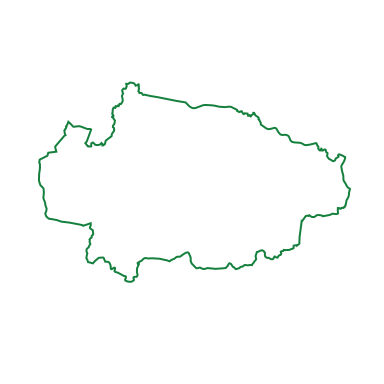 outline of Pho Prathap Chang, Phichit, Thailand, rotated 189°
{"feature_id": "78962969B76859973780400", "entity_name": "Pho Prathap Chang", "entity_type": "district", "adm_level": 2, "iso_a3": "THA", "parent_name": "Thailand", "parent_adm1": "Phichit", "projection": "natural_earth1", "projection_center": [100.175, 16.321], "detail": "fine", "context": "isolated", "style": "outline", "palette": "green", "viewbox_px": 384, "rotation_deg": 189, "n_neighbors": 0, "source": "geoboundaries", "source_scale": "gbopen_adm2", "svg_char_len": 6018}
<svg xmlns="http://www.w3.org/2000/svg" viewBox="0 0 384 384"><g transform="rotate(189 192 192)"><path d="M275.8,283.4L276.7,282.0L276.9,281.3L276.3,280.2L276.0,279.2L275.5,278.6L276.2,275.9L274.8,272.1L274.7,271.1L274.9,270.1L276.0,267.7L277.3,267.7L277.9,265.4L278.8,265.8L279.8,264.6L280.8,264.8L281.1,263.0L282.4,263.2L282.7,263.0L283.2,261.0L282.8,257.8L283.1,257.4L282.8,256.4L282.4,255.9L281.8,255.7L281.5,254.6L281.6,254.4L282.5,254.2L282.7,253.9L282.7,253.5L280.9,252.5L280.7,251.8L279.3,250.6L279.3,247.1L280.2,245.6L280.4,244.8L280.3,243.7L279.1,243.0L278.6,241.4L278.7,241.1L278.6,239.8L279.5,238.5L280.2,236.6L280.2,234.5L284.9,229.7L285.4,228.4L285.4,226.0L285.6,225.6L286.1,225.3L286.7,224.3L287.8,224.0L288.0,225.4L289.1,226.2L290.0,224.8L290.7,224.2L293.1,223.5L295.1,223.5L296.0,224.4L297.6,225.4L299.1,224.2L298.7,221.3L300.9,220.8L301.3,221.1L302.0,220.8L305.0,223.6L304.2,224.7L303.7,226.0L301.4,237.9L301.9,238.2L302.6,238.3L304.0,238.0L305.6,237.9L312.3,239.3L314.1,239.3L319.1,237.9L319.8,238.1L321.8,239.8L325.1,242.0L325.5,239.8L326.6,237.0L326.2,236.8L326.6,234.8L327.4,233.9L327.4,232.6L327.6,232.5L326.9,230.1L325.8,228.4L326.9,227.5L334.1,215.7L334.1,214.7L332.3,210.6L340.1,208.3L340.5,205.2L347.5,200.1L347.5,197.2L346.6,195.9L345.9,192.0L345.8,186.1L345.0,179.6L344.1,177.4L342.7,174.9L339.7,172.7L339.1,172.0L338.2,168.2L337.9,162.8L335.4,158.4L334.7,155.9L333.1,153.0L332.9,152.0L333.0,150.2L333.3,149.0L333.5,147.8L333.2,146.9L332.0,145.0L329.6,143.4L328.2,143.2L326.1,143.3L320.9,143.1L316.4,142.3L308.2,142.6L297.8,142.3L294.1,142.0L294.0,141.7L287.2,145.3L287.0,144.5L286.8,142.9L287.3,141.2L287.1,140.6L286.7,140.0L284.0,138.7L283.0,135.1L283.1,134.4L284.2,133.0L284.0,131.3L285.0,130.5L285.8,129.0L285.4,128.5L285.3,126.3L284.6,125.6L284.3,124.4L285.0,123.3L285.4,121.3L286.9,119.5L287.2,118.4L286.8,116.5L285.8,115.1L286.0,112.5L286.0,110.2L284.5,108.2L283.8,106.6L278.7,106.0L276.9,108.9L273.8,112.4L270.1,113.3L269.2,113.3L268.6,112.6L266.8,109.6L264.0,109.9L263.0,109.5L262.2,108.8L260.9,106.6L260.6,105.4L260.4,104.1L259.8,103.2L259.2,103.2L257.4,104.9L256.9,105.1L256.4,105.1L256.2,104.8L256.0,104.1L256.2,101.9L255.7,101.2L252.2,100.6L246.1,98.4L244.4,98.4L243.9,97.7L243.9,96.9L244.4,95.2L244.0,94.1L241.4,93.5L238.9,93.6L237.5,94.1L235.7,95.6L235.7,96.6L236.4,97.8L236.2,98.8L235.1,99.3L233.4,99.6L232.8,101.1L232.8,101.7L233.9,104.4L234.3,107.5L234.1,109.0L233.2,112.2L233.3,112.9L234.3,112.6L234.6,113.4L232.6,115.2L231.0,116.2L229.9,117.9L228.8,119.0L227.8,119.5L224.6,119.5L221.2,120.3L213.6,121.0L206.1,120.6L203.3,120.0L203.0,120.2L202.0,121.5L198.9,123.4L197.7,124.8L196.9,125.5L196.2,125.8L193.6,126.3L191.2,128.8L188.6,131.0L187.0,131.7L186.5,131.7L185.5,131.0L183.1,127.1L182.4,123.4L181.1,121.3L175.9,117.4L174.7,117.6L172.4,118.6L169.7,117.8L168.7,117.8L167.4,118.0L164.8,119.3L156.6,119.8L148.1,121.8L146.6,122.4L145.1,124.9L144.4,126.9L143.7,127.5L142.0,126.9L140.1,124.6L138.7,124.2L137.5,123.2L136.7,122.7L136.2,122.8L133.4,124.2L132.2,125.7L130.5,126.2L128.5,128.2L125.3,128.3L123.3,129.0L121.3,129.2L120.9,130.5L119.8,132.2L119.5,133.2L118.8,134.2L118.1,135.6L118.8,137.7L119.2,138.6L118.5,142.9L117.6,143.2L114.8,145.0L113.7,145.4L113.2,145.4L111.6,144.6L111.2,144.0L110.7,143.8L110.4,143.0L110.2,141.4L109.8,140.1L108.6,139.0L107.3,138.7L106.2,139.0L103.3,138.0L102.2,138.1L101.2,138.8L100.9,140.2L100.5,140.9L100.1,141.3L98.4,140.5L97.2,140.6L96.5,142.4L95.9,143.1L94.6,143.8L94.2,145.1L95.0,146.9L94.5,147.4L92.7,148.0L92.3,149.2L91.0,149.2L86.8,150.0L85.0,151.2L83.1,152.1L82.9,152.4L83.2,154.9L80.1,156.0L79.9,155.5L77.9,157.7L78.7,164.3L79.1,180.7L78.6,180.6L75.9,186.0L74.2,186.7L73.1,186.6L72.6,187.4L71.3,186.7L69.7,186.1L67.3,186.4L65.0,188.7L62.4,189.2L59.5,189.0L59.0,188.5L52.6,190.8L50.7,191.9L50.1,192.5L46.3,192.7L45.0,193.2L44.5,193.5L44.4,193.7L45.2,196.9L45.4,199.0L44.5,199.1L44.1,198.7L43.5,199.0L42.5,198.7L42.0,199.6L41.6,199.5L40.5,200.1L40.0,200.0L39.9,200.3L39.5,200.4L39.4,201.0L38.7,201.3L38.6,201.6L38.4,203.2L38.2,203.2L38.1,207.6L37.7,209.0L37.0,210.6L36.6,212.7L36.6,214.3L36.8,215.7L36.5,219.8L38.7,220.8L39.7,221.7L41.7,224.4L43.8,226.7L44.3,227.6L45.1,231.8L46.8,235.5L48.5,240.3L48.5,241.5L46.9,245.4L46.3,247.4L46.1,249.4L46.3,250.5L47.5,250.8L48.4,251.3L52.0,252.2L52.9,252.1L53.5,251.1L52.8,250.0L52.9,249.5L55.2,247.7L55.7,245.7L56.8,244.7L57.2,244.5L59.1,245.1L60.5,245.8L61.6,246.0L63.4,247.5L64.3,248.8L64.1,250.8L64.3,251.7L65.9,252.6L66.4,254.3L67.3,254.8L67.7,254.8L69.2,253.5L69.9,253.2L70.4,253.5L70.8,254.9L71.1,255.0L71.7,253.2L72.0,253.0L72.5,253.1L74.2,254.7L74.1,256.1L74.4,256.6L74.7,257.0L75.5,257.4L76.0,258.6L76.8,259.6L77.4,259.6L83.1,257.2L86.7,256.1L88.3,256.1L91.1,257.2L92.9,257.5L98.4,257.0L100.7,257.1L101.4,257.3L103.0,258.6L104.4,261.1L105.6,262.5L107.5,263.1L108.8,263.1L112.1,262.4L113.7,262.7L115.9,264.5L118.5,267.7L119.3,268.2L120.5,268.3L124.8,266.4L126.6,266.0L128.3,266.3L134.4,269.3L134.7,269.7L134.9,271.2L136.2,272.6L136.5,273.5L137.1,273.7L137.4,274.3L137.8,274.5L137.6,275.4L138.3,276.2L141.4,277.6L142.9,279.8L143.3,279.9L143.8,279.8L143.7,278.5L145.4,277.1L145.6,276.0L146.1,275.8L147.1,276.9L148.1,276.1L148.6,276.1L149.4,278.1L152.2,278.0L152.8,277.2L153.2,277.0L154.1,277.7L155.5,279.5L156.1,279.5L156.4,279.0L157.9,278.4L158.0,278.7L160.0,279.0L160.2,279.3L160.3,280.0L160.7,280.3L166.7,282.2L168.7,282.1L172.7,281.0L178.1,280.5L183.6,280.8L186.0,280.7L192.2,280.1L194.3,279.6L201.3,275.7L203.0,275.1L204.7,275.0L207.7,276.0L212.2,279.4L213.1,279.5L220.8,279.5L241.3,280.3L248.0,280.3L254.1,280.7L254.9,280.3L255.5,280.2L256.9,281.5L257.4,281.9L258.1,281.9L259.4,281.5L260.0,282.6L260.7,283.1L260.5,285.7L261.0,286.7L260.9,287.9L261.2,288.4L261.4,289.6L261.6,290.0L261.9,289.9L263.0,288.8L264.3,288.2L265.0,289.2L266.1,290.1L266.7,290.4L268.3,290.5L270.2,290.4L271.0,289.9L271.4,289.1L272.4,288.6L273.9,288.6L273.9,288.2L273.3,287.4L273.2,286.3L273.0,285.9L273.4,284.9L273.4,284.1L273.9,283.5L275.8,283.4Z" fill="none" stroke="#15803d" stroke-width="2"/></g></svg>